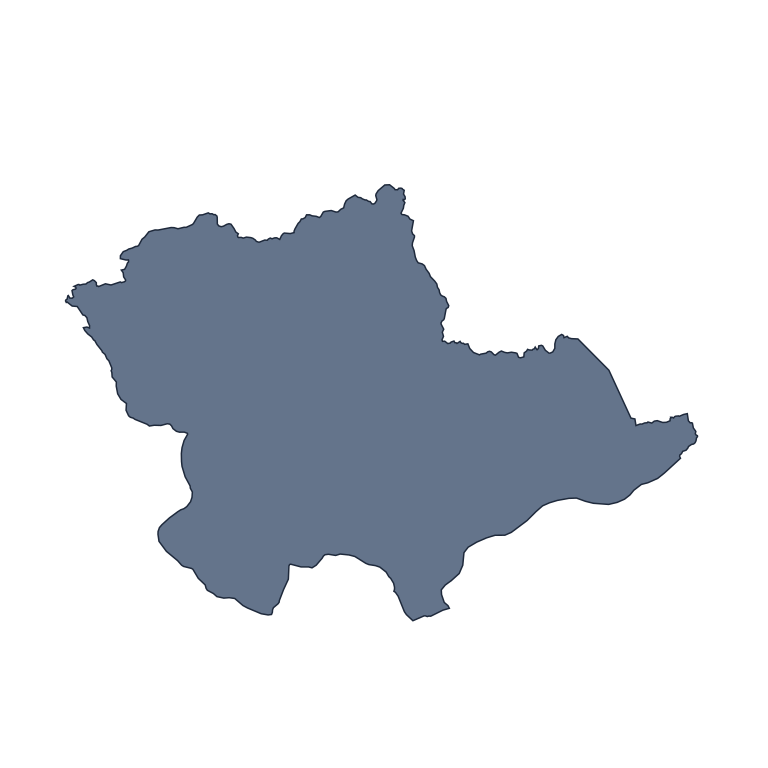 outline of Sela, Anseba, Eritrea, rotated 67°
{"feature_id": "51966322B36323877774800", "entity_name": "Sela", "entity_type": "district", "adm_level": 2, "iso_a3": "ERI", "parent_name": "Eritrea", "parent_adm1": "Anseba", "projection": "orthographic", "projection_center": [37.406, 16.89], "detail": "fine", "context": "isolated", "style": "filled", "palette": "slate", "viewbox_px": 768, "rotation_deg": 67, "n_neighbors": 0, "source": "geoboundaries", "source_scale": "gbopen_adm2", "svg_char_len": 6158}
<svg xmlns="http://www.w3.org/2000/svg" viewBox="0 0 768 768"><g transform="rotate(67 384 384)"><path d="M568.2,140.1L566.3,140.2L565.0,139.5L564.4,137.4L562.7,135.4L563.0,131.9L561.8,129.5L560.5,128.1L559.8,124.5L560.2,122.4L559.6,120.6L558.2,119.0L555.7,117.4L555.0,116.0L554.0,115.7L553.0,116.6L551.5,116.9L549.5,115.5L545.3,116.4L540.5,115.4L539.9,115.9L539.4,117.3L536.8,118.2L529.8,116.4L529.1,120.1L529.1,124.9L528.5,125.3L527.6,128.1L527.6,129.2L528.4,130.7L527.2,131.8L526.6,133.2L527.6,133.4L527.9,134.3L529.6,135.0L529.6,139.0L528.3,142.5L524.5,146.8L523.8,149.7L524.6,152.8L522.1,155.9L522.5,157.0L521.7,159.3L521.7,162.2L520.9,163.9L520.7,168.3L514.2,166.7L511.9,170.0L459.2,171.6L418.3,187.9L415.5,193.7L413.7,196.0L411.7,196.7L411.7,200.2L409.5,199.8L407.8,201.1L408.3,205.0L410.4,208.5L413.9,211.1L417.9,212.8L420.4,216.1L420.5,219.1L420.0,220.1L416.0,222.3L411.0,223.0L409.9,224.0L409.4,226.7L411.4,227.8L412.3,229.4L412.1,229.9L409.1,230.4L410.3,231.9L410.2,233.2L410.7,234.4L409.4,237.0L408.2,238.3L409.4,239.9L410.1,242.8L413.7,244.7L413.2,248.2L412.0,249.7L407.8,249.6L406.9,250.5L404.5,254.3L403.6,258.2L402.1,260.5L399.5,263.1L399.7,265.7L401.0,270.2L400.0,271.3L396.4,272.7L395.1,274.1L394.9,276.0L395.5,277.9L394.3,283.4L394.5,284.7L390.0,289.3L384.8,291.2L379.8,291.1L379.0,294.3L377.6,294.9L377.2,296.1L376.0,297.1L374.5,297.3L375.2,301.0L374.2,301.5L373.6,302.7L371.8,302.8L371.6,305.9L372.2,307.1L371.7,309.5L368.3,311.4L367.6,313.5L365.9,313.3L363.4,310.6L359.1,310.1L356.9,307.6L351.4,308.0L350.1,307.7L348.7,306.0L348.2,304.0L347.4,303.0L339.5,297.7L338.9,297.0L338.6,295.0L337.2,293.8L332.4,294.1L329.4,293.5L327.3,294.4L325.9,295.9L324.1,297.0L321.6,297.1L318.9,296.5L315.9,297.0L312.6,296.3L309.1,297.1L303.3,299.3L299.8,299.2L294.8,300.4L290.8,300.5L288.3,302.0L285.8,305.2L283.1,305.7L279.4,305.6L272.9,304.2L267.8,304.0L265.3,302.7L260.6,298.5L259.3,298.0L257.1,299.0L253.9,298.8L245.2,293.1L242.3,295.7L239.0,296.3L236.3,299.0L235.0,301.3L233.4,301.6L229.8,297.5L227.2,295.9L225.2,293.9L222.3,294.7L221.6,294.2L222.3,293.3L221.9,292.1L219.8,291.4L216.8,291.8L213.6,289.7L211.8,290.9L211.2,290.9L210.3,291.9L209.6,294.0L210.5,295.6L209.5,297.9L208.1,298.1L202.8,301.0L201.1,305.5L203.7,313.8L206.0,317.1L207.4,318.0L211.5,318.5L212.5,319.3L214.2,322.0L214.2,323.4L213.4,324.8L210.6,325.5L209.9,326.8L207.7,328.3L207.2,329.5L205.1,331.6L203.4,332.6L202.0,335.0L198.8,336.7L199.7,344.7L200.5,347.2L203.0,350.0L206.1,352.3L206.3,355.6L207.6,359.0L207.0,361.0L203.7,364.8L202.0,371.0L202.0,372.7L205.1,376.8L205.5,378.5L203.2,380.8L201.1,384.5L199.3,386.2L198.0,389.2L200.0,391.5L200.3,394.2L199.8,395.6L201.7,398.0L202.6,400.3L206.4,405.3L208.2,407.1L209.5,407.6L208.9,411.5L206.1,416.8L206.2,418.0L207.4,420.4L210.2,423.5L207.5,425.6L206.7,427.7L206.6,430.3L205.2,431.7L205.4,433.9L206.1,435.3L204.9,437.5L204.7,443.7L202.8,445.8L201.3,446.1L198.6,447.8L197.2,449.4L195.0,453.3L194.7,456.6L193.2,458.2L192.3,460.7L191.6,461.1L190.2,460.9L188.8,459.4L186.2,461.0L182.3,461.3L177.1,462.4L175.9,464.1L175.6,466.3L176.0,470.2L175.6,472.4L173.9,474.3L171.6,474.9L165.4,472.4L164.0,472.2L162.0,473.3L161.7,474.5L160.1,475.7L159.4,477.7L157.8,478.9L157.4,484.9L156.3,488.0L157.4,490.7L161.6,496.4L162.3,497.9L162.5,504.9L161.6,506.8L160.6,513.0L158.1,516.1L156.8,518.8L154.0,531.8L152.7,534.6L152.1,539.9L152.0,541.0L155.2,546.8L156.2,550.2L160.6,555.7L160.9,557.1L160.3,559.0L160.5,562.7L160.0,566.2L160.4,568.5L160.3,572.3L162.9,576.5L165.6,577.7L169.1,573.0L169.9,570.8L170.4,570.9L171.8,571.5L172.5,573.0L174.8,575.0L177.1,578.0L176.5,581.3L179.6,580.6L183.7,581.8L187.3,581.2L188.1,581.7L188.5,582.9L188.1,586.0L187.0,586.9L186.2,596.6L182.9,601.3L182.8,608.6L182.0,609.1L181.8,610.0L180.2,610.0L178.3,609.2L175.7,610.2L174.3,611.4L175.0,615.5L174.8,617.1L175.5,619.4L174.6,622.0L174.1,625.4L173.2,625.9L172.9,626.8L173.0,631.2L174.4,629.9L175.5,630.0L176.1,630.9L175.7,633.6L176.1,634.7L180.4,635.6L182.6,635.6L183.2,637.4L182.2,639.6L179.2,640.0L179.3,640.6L182.0,642.5L182.4,644.2L183.1,644.7L184.8,644.6L184.7,643.7L190.4,640.6L192.8,636.1L202.8,634.2L204.0,632.6L206.9,631.6L210.8,632.3L215.2,632.2L217.4,633.2L215.5,635.2L214.7,638.7L217.9,638.5L222.2,637.1L226.5,634.7L230.0,634.1L231.0,633.3L235.5,632.8L243.1,630.7L244.5,630.8L247.8,629.2L252.5,629.2L255.1,628.2L262.8,628.3L264.2,628.9L265.2,630.0L267.0,630.0L271.3,631.5L277.6,629.6L281.3,631.3L289.0,633.0L295.5,632.1L301.3,628.7L307.4,631.7L313.5,631.5L315.5,630.5L317.4,628.2L319.3,627.0L328.5,617.8L331.0,616.4L332.2,611.6L335.0,605.5L335.9,599.0L337.3,596.8L339.6,595.9L342.6,595.7L346.4,593.6L348.4,591.1L350.3,586.6L352.6,584.2L353.6,584.5L357.9,590.1L363.7,594.8L368.8,597.7L376.3,600.7L380.9,602.1L391.7,603.3L402.1,602.3L404.2,603.0L408.5,602.6L413.3,605.0L416.8,608.1L419.8,613.4L420.6,617.0L420.4,620.2L421.0,623.8L423.4,633.8L426.7,643.3L428.4,646.8L431.5,649.6L434.1,650.8L440.9,652.6L453.0,649.7L466.0,643.0L471.7,641.1L473.6,639.8L478.5,633.3L479.9,632.3L490.3,630.9L499.1,627.1L502.6,627.6L504.9,627.2L510.2,622.9L514.4,620.9L518.5,615.1L520.2,610.0L523.1,605.2L532.8,600.4L536.8,597.2L547.5,586.8L551.3,580.9L552.2,577.6L550.6,576.0L548.3,574.8L546.7,573.2L544.9,567.4L543.9,565.8L542.4,564.9L534.0,556.8L526.3,548.3L514.3,542.6L513.3,541.4L513.4,540.3L520.0,531.8L522.9,524.9L525.1,522.1L524.3,517.2L520.2,509.0L518.7,507.0L518.1,505.1L519.0,501.7L522.9,495.5L523.4,490.8L527.7,483.0L531.4,478.2L542.0,470.8L544.3,468.5L547.8,462.9L550.9,459.4L558.0,455.5L563.3,454.8L565.5,453.8L571.1,453.0L575.1,453.7L577.0,454.5L578.7,455.9L580.2,454.9L584.8,453.9L601.5,454.2L605.0,453.5L613.2,449.9L613.1,437.8L613.5,436.6L615.0,435.0L615.1,433.5L616.0,431.7L615.2,418.2L616.0,411.5L613.0,411.7L608.6,413.9L600.3,413.3L595.9,411.7L593.0,406.2L591.2,398.6L587.8,388.8L581.6,382.3L570.5,376.3L567.1,370.3L565.8,360.6L565.7,349.7L566.6,341.0L570.4,331.8L570.3,324.7L565.6,305.7L561.0,294.3L558.1,285.6L558.0,278.0L558.9,269.9L561.5,258.5L564.2,251.4L570.7,244.4L575.6,237.9L582.6,224.3L584.1,215.6L584.0,207.5L582.2,200.9L579.4,195.5L577.0,186.3L578.0,179.8L577.8,168.9L575.5,160.7L568.2,140.1Z" fill="#64748b" stroke="#1e293b" stroke-width="1.5"/></g></svg>